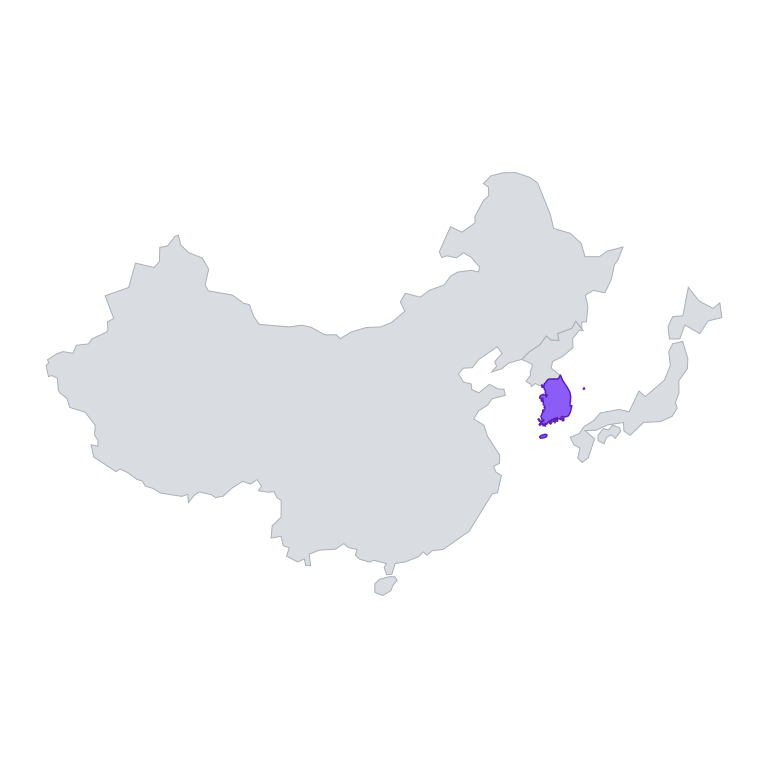 South Korea highlighted among its neighbors
{"feature_id": "KOR", "entity_name": "South Korea", "entity_type": "country or territory", "adm_level": 0, "iso_a3": "KOR", "parent_name": "Asia", "parent_adm1": "", "projection": "mercator", "projection_center": [127.333, 35.912], "detail": "fine", "context": "with_neighbors", "style": "filled", "palette": "violet", "viewbox_px": 768, "rotation_deg": 0, "n_neighbors": 3, "source": "natural_earth", "source_scale": "50m", "svg_char_len": 7112}
<svg xmlns="http://www.w3.org/2000/svg" viewBox="0 0 768 768"><path d="M575.7,321.0L583.1,330.8L579.5,330.1L572.6,338.6L573.0,347.6L562.9,356.2L552.6,361.5L551.2,368.1L560.2,375.4L558.9,378.3L548.2,379.7L544.6,385.1L539.8,385.7L535.2,383.5L531.3,386.7L531.0,384.4L526.0,381.4L530.8,374.8L530.0,372.6L532.4,366.0L531.8,364.0L521.8,359.4L529.5,351.5L539.8,344.8L546.3,335.9L550.8,339.9L558.9,340.3L557.4,333.7L572.0,328.2L575.7,321.0Z" fill="#d9dde1" stroke="#a8b0b8" stroke-width="1"/><path d="M382.7,595.5L375.0,592.4L374.8,583.9L379.4,579.4L389.7,576.6L395.1,576.8L397.2,580.6L393.0,585.0L390.9,590.7L382.7,595.5ZM108.0,329.2L107.3,321.9L113.7,318.5L105.2,295.8L128.7,287.5L135.5,263.1L154.1,267.6L159.4,261.4L159.8,247.3L167.6,245.9L174.8,236.4L178.4,235.2L180.9,245.2L188.8,252.7L202.2,258.0L208.7,269.2L205.1,285.1L208.5,290.9L232.3,295.0L243.7,303.3L249.5,304.7L253.8,316.7L259.3,324.4L289.1,326.9L301.6,325.2L310.9,327.1L324.8,334.8L336.2,334.8L340.3,338.7L351.3,331.9L366.5,327.5L380.6,327.0L391.5,322.5L404.9,311.2L400.4,301.9L405.3,293.3L420.2,297.2L429.6,290.2L444.0,285.0L450.8,276.0L457.5,272.1L471.1,270.3L478.5,271.9L479.6,267.0L471.1,257.3L463.5,252.8L456.3,257.9L447.0,255.8L441.7,257.5L439.3,251.8L450.5,226.7L461.8,232.2L475.0,222.9L474.9,216.5L483.4,200.6L488.7,195.7L488.5,187.2L483.4,183.5L491.1,175.8L502.8,172.9L515.3,172.5L529.4,177.2L537.6,182.9L550.2,214.1L553.7,228.5L570.1,233.2L581.2,243.4L585.0,256.7L599.3,256.7L607.5,251.1L623.0,247.0L618.1,259.6L614.4,264.7L611.2,279.7L604.9,292.8L593.5,290.4L585.4,295.1L587.9,306.4L586.5,321.8L581.7,322.1L581.8,328.6L575.7,321.0L572.0,328.2L557.4,333.7L558.9,340.3L550.8,339.9L546.3,335.9L539.8,344.8L529.5,351.5L521.8,359.4L508.7,363.0L501.8,368.7L491.6,372.0L496.6,366.3L494.7,361.6L502.1,353.3L497.1,346.8L478.3,359.8L472.5,367.7L463.3,368.2L458.5,373.9L463.5,382.0L471.2,384.0L471.5,389.3L478.9,392.8L489.5,384.3L497.8,388.9L503.9,389.2L505.4,395.4L492.1,398.7L487.7,405.0L478.6,410.8L473.7,418.9L483.9,425.2L487.5,436.3L499.7,455.1L499.5,463.3L493.6,466.3L495.9,472.1L501.4,475.4L497.6,492.7L492.3,493.7L469.1,531.3L443.1,549.5L432.5,550.6L426.7,555.2L423.5,551.9L418.2,556.9L405.0,562.0L395.1,563.5L391.9,574.2L386.6,574.7L384.2,567.5L386.4,563.6L373.8,560.3L369.3,562.0L359.9,559.3L355.4,555.2L356.9,549.4L348.3,547.5L343.8,543.6L335.7,549.1L319.1,550.2L309.2,554.2L310.6,565.8L305.6,565.5L304.4,559.0L297.6,561.9L286.5,556.2L289.2,547.8L283.3,545.8L281.0,536.3L271.1,538.1L272.2,525.8L281.1,517.1L281.2,500.4L277.1,497.8L274.0,491.5L268.5,492.3L258.4,490.7L261.5,486.2L257.1,479.6L250.4,484.1L242.5,481.4L231.7,488.3L223.1,496.2L215.6,497.6L211.4,494.7L199.7,492.0L194.7,494.7L188.4,502.6L187.7,494.2L181.9,496.4L160.3,493.0L152.7,488.3L145.4,486.2L142.2,481.0L136.9,479.4L127.4,472.4L119.9,469.0L116.0,471.6L93.7,457.0L91.1,444.8L97.8,446.3L98.1,440.6L94.4,434.8L95.3,425.6L85.2,412.2L69.8,407.5L67.0,398.5L60.0,393.0L58.3,389.6L57.3,378.2L51.6,375.5L48.5,376.7L46.1,365.5L48.8,362.7L47.5,359.8L56.4,354.0L62.9,351.6L72.9,353.3L76.4,345.3L88.5,343.9L91.9,338.9L106.7,332.0L108.0,329.2Z" fill="#d9dde1" stroke="#a8b0b8" stroke-width="1"/><path d="M687.5,368.5L678.8,380.7L679.0,392.9L675.4,402.3L677.1,408.1L672.2,416.3L660.2,421.7L643.6,422.4L630.2,435.3L623.9,431.0L623.5,422.5L607.2,425.0L596.0,430.3L585.0,430.6L594.6,438.8L588.3,457.8L582.2,462.4L577.7,458.1L580.0,448.1L574.0,444.9L570.2,437.2L579.1,433.7L584.0,426.6L593.5,420.7L600.4,412.9L619.1,409.4L629.1,411.8L639.0,391.0L645.3,396.6L664.4,380.2L670.3,365.4L668.7,351.6L672.7,343.7L682.7,341.4L687.8,358.6L687.5,368.5ZM713.2,308.4L719.8,302.8L721.9,317.5L708.0,321.0L699.7,333.7L684.9,325.0L679.8,338.9L669.4,339.0L668.1,326.4L672.7,316.6L682.8,315.8L688.3,287.3L699.3,301.2L713.2,308.4ZM598.1,435.3L603.3,428.6L608.6,429.9L612.5,425.1L619.4,427.6L620.6,431.4L615.3,438.3L611.4,434.7L606.6,437.3L604.1,443.8L598.0,440.7L598.1,435.3Z" fill="#d9dde1" stroke="#a8b0b8" stroke-width="1"/><path d="M544.1,385.3L544.4,385.1L544.4,384.8L544.4,383.7L545.2,383.0L546.4,381.5L547.0,380.6L547.6,379.9L548.4,379.3L549.1,379.1L550.3,379.0L552.6,379.1L553.0,379.0L554.6,378.9L554.9,379.1L556.1,379.1L557.3,379.1L557.9,378.8L558.5,378.4L559.0,377.7L559.6,376.5L560.1,375.5L560.5,375.3L562.8,380.6L565.0,384.1L566.8,386.6L569.5,391.4L570.3,393.9L570.4,395.5L570.8,397.6L570.4,398.9L570.5,400.8L570.4,401.8L570.0,402.5L570.0,403.9L570.1,404.7L570.1,405.7L570.4,406.1L570.7,406.2L571.1,405.9L571.7,405.7L571.6,406.9L570.9,409.9L570.3,412.1L569.4,414.0L568.4,415.8L567.1,416.4L566.2,416.7L564.4,416.8L563.0,416.5L561.8,416.7L561.3,417.0L560.9,417.7L561.2,418.6L561.1,419.3L560.6,419.3L559.5,418.9L558.4,418.8L557.8,418.6L557.3,417.6L556.7,417.6L555.8,418.2L554.3,418.4L553.7,418.7L553.6,419.1L553.8,419.6L554.5,420.3L554.3,421.0L553.5,421.4L552.9,420.5L552.5,419.7L552.0,419.6L551.3,419.9L551.2,420.8L551.5,421.4L552.0,422.1L551.3,423.0L551.1,423.6L550.6,424.0L549.2,423.0L549.4,422.4L550.0,421.7L550.1,421.0L549.9,420.7L547.8,422.3L546.6,424.3L545.9,424.1L545.6,423.6L545.2,423.4L543.9,424.7L543.6,425.6L543.1,425.7L542.9,425.3L542.9,424.4L542.7,423.6L541.3,422.5L540.6,421.6L541.0,421.1L542.1,421.3L543.1,421.3L542.9,420.9L542.6,420.6L543.2,420.4L543.7,419.9L543.3,419.7L542.6,420.0L542.1,419.9L541.9,418.6L541.2,417.3L540.9,416.1L541.5,415.4L541.9,414.2L542.5,412.6L542.8,412.1L543.6,411.7L543.9,411.3L543.5,411.0L542.7,410.9L542.7,410.4L543.2,410.1L543.8,409.6L544.9,409.0L545.2,407.8L544.9,407.5L544.2,407.2L544.4,406.6L544.7,406.1L544.6,405.9L543.8,405.1L543.2,404.4L543.4,403.5L543.3,402.3L543.3,401.3L543.3,400.7L542.9,399.5L542.7,398.2L542.2,398.4L541.8,398.7L540.3,398.2L539.8,398.2L539.6,397.3L540.2,396.1L541.4,395.1L542.2,395.0L542.7,394.5L543.6,394.4L544.6,395.1L545.5,395.2L546.0,396.4L546.3,396.7L546.4,396.2L547.1,395.7L547.3,395.3L547.2,395.1L546.3,394.9L545.5,393.4L545.4,392.7L545.2,392.3L545.6,391.1L544.7,389.7L544.3,389.3L544.3,388.1L543.9,387.3L543.6,386.9L543.4,386.1L543.6,385.8L544.0,385.7L544.1,385.3ZM541.2,438.0L540.8,438.3L540.4,438.1L539.8,437.4L539.7,437.0L540.0,436.4L541.3,435.4L544.7,434.4L545.3,434.3L546.6,434.7L546.9,435.5L546.7,436.2L546.3,436.7L544.8,437.5L543.6,437.9L541.2,438.0ZM563.9,420.2L563.0,420.9L561.8,419.9L561.5,419.4L562.5,418.6L563.2,417.7L563.7,417.7L563.9,420.2ZM557.6,420.1L557.5,421.2L556.8,421.2L556.4,420.5L556.0,420.9L555.8,420.9L555.4,420.0L555.4,419.3L556.2,418.8L556.6,419.1L557.3,419.2L557.6,420.1ZM540.3,425.0L539.7,425.2L539.4,424.8L539.2,424.7L539.3,424.2L540.3,423.2L540.5,422.8L541.4,423.1L541.7,423.6L541.3,424.4L540.3,425.0ZM543.0,385.9L543.0,387.4L542.5,387.4L542.1,387.2L542.0,386.9L541.6,385.5L542.0,384.9L542.8,385.3L543.0,385.9ZM539.8,420.9L539.6,421.2L539.2,421.1L538.8,420.3L538.6,419.7L538.2,419.4L538.9,418.8L539.7,419.8L539.8,420.9ZM542.1,400.5L541.9,401.3L541.3,400.8L541.1,399.1L541.8,399.6L542.1,400.5ZM584.4,388.9L583.9,389.3L583.4,388.9L583.4,388.6L583.6,388.2L584.3,388.0L584.5,388.3L584.4,388.9ZM545.2,425.3L545.4,425.9L544.6,425.8L544.2,425.3L544.3,424.8L544.7,424.8L545.2,425.3ZM555.1,422.3L554.9,422.6L554.5,422.1L554.9,421.5L555.1,422.3Z" fill="#8b5cf6" stroke="#5b21b6" stroke-width="1.5"/></svg>